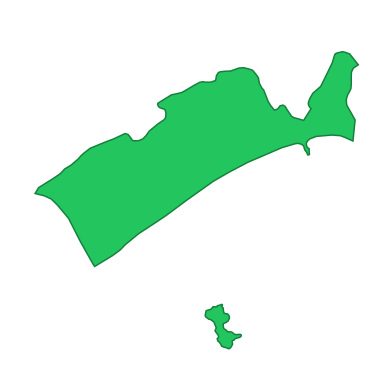 the district of Cua Lo, Nghệ An, Vietnam, rotated 95°
{"feature_id": "81297802B13550924224659", "entity_name": "Cua Lo", "entity_type": "district", "adm_level": 2, "iso_a3": "VNM", "parent_name": "Vietnam", "parent_adm1": "Nghệ An", "projection": "orthographic", "projection_center": [105.737, 18.789], "detail": "fine", "context": "isolated", "style": "filled", "palette": "green", "viewbox_px": 384, "rotation_deg": 95, "n_neighbors": 0, "source": "geoboundaries", "source_scale": "gbopen_adm2", "svg_char_len": 2866}
<svg xmlns="http://www.w3.org/2000/svg" viewBox="0 0 384 384"><g transform="rotate(95 192 192)"><path d="M274.7,282.5L262.0,265.3L255.9,258.4L250.4,254.0L238.3,241.7L224.5,224.2L218.0,216.1L201.0,197.0L179.7,172.0L169.2,157.1L157.5,138.9L155.8,135.7L147.8,120.8L140.0,106.3L135.1,93.9L134.4,91.4L134.5,89.0L135.1,86.7L136.7,84.6L138.6,84.0L140.3,83.3L142.1,81.6L143.8,80.6L145.0,79.9L144.9,78.8L144.3,78.3L142.9,78.5L139.8,79.0L138.6,79.1L137.7,80.8L136.4,81.7L134.0,82.4L131.9,81.8L130.1,80.5L128.7,79.1L127.3,76.1L125.8,73.1L123.1,57.8L123.0,49.0L124.5,43.8L127.2,36.1L106.0,35.8L96.9,42.0L92.3,45.2L89.8,45.9L86.0,46.3L82.0,45.5L78.0,43.7L75.2,42.7L70.8,42.7L68.6,42.9L63.3,43.4L58.9,43.6L56.3,42.8L54.4,41.9L50.8,37.4L40.7,47.0L39.5,51.5L39.1,54.2L41.0,60.0L42.1,61.5L43.7,62.0L51.3,63.6L63.1,68.1L75.6,73.0L83.1,80.2L85.2,81.2L89.2,83.0L92.4,83.8L94.1,83.8L95.8,83.2L97.7,81.8L98.6,80.7L110.9,87.0L109.0,97.2L107.8,99.5L101.9,104.3L98.8,106.5L97.5,108.9L98.4,111.7L101.5,113.7L102.8,115.7L103.1,117.2L99.1,121.1L95.2,124.0L88.5,127.3L84.1,129.5L82.3,131.5L78.1,134.2L72.3,135.9L69.2,138.5L65.4,142.3L64.3,146.9L63.7,151.4L64.4,156.0L68.1,164.1L69.0,170.7L69.5,172.9L69.7,174.1L70.7,176.1L73.9,177.8L77.1,178.0L79.0,178.4L79.6,179.9L80.9,182.8L81.4,188.6L81.2,190.8L82.0,193.7L84.9,198.3L91.7,207.8L93.9,211.1L97.1,221.1L105.0,231.7L106.5,233.7L107.7,233.9L109.8,232.8L110.9,231.3L111.5,228.8L112.1,226.3L115.1,224.9L118.5,224.7L121.0,225.1L122.7,226.4L126.6,231.3L135.0,239.9L140.0,242.8L143.2,245.4L145.4,249.3L145.8,251.9L146.0,254.2L145.8,255.8L143.3,257.8L140.3,260.6L139.6,263.8L145.8,274.4L146.5,275.9L150.1,283.3L157.2,297.1L162.5,302.9L165.5,305.7L169.1,308.3L175.9,315.0L180.2,320.9L184.9,324.5L190.0,330.6L201.0,345.2L207.2,348.2L208.6,339.1L211.2,331.7L216.4,325.3L229.0,312.7L251.4,298.7L272.3,284.4L274.7,282.5ZM336.7,138.9L335.8,137.2L334.9,136.7L334.1,135.7L332.7,131.9L331.9,130.9L331.1,130.4L330.0,130.6L329.7,131.2L329.7,132.3L330.2,135.5L330.1,137.3L328.6,139.2L328.1,140.3L327.9,141.9L328.3,143.7L328.0,144.4L326.5,146.0L325.6,147.8L325.0,148.6L321.1,149.5L320.3,149.1L319.2,146.9L317.5,144.9L315.1,143.9L313.9,143.7L312.7,144.0L311.2,144.9L310.3,146.2L310.2,147.7L310.1,149.3L307.6,150.4L305.7,150.6L304.9,150.7L304.5,151.3L304.2,152.0L303.2,152.3L302.6,151.8L301.9,151.8L301.5,152.2L301.4,152.9L302.0,153.8L303.0,156.6L304.4,157.9L304.4,158.5L304.4,160.8L304.9,161.4L306.7,162.4L307.6,163.9L308.7,167.0L309.1,167.6L313.4,168.1L314.6,167.9L315.4,167.2L317.2,164.3L317.4,162.7L317.9,161.5L318.9,160.2L319.1,159.6L319.8,158.7L325.3,156.0L328.3,157.0L332.6,153.3L334.2,152.8L335.1,153.3L335.8,154.1L336.7,153.9L338.2,153.3L339.2,151.8L340.9,150.2L341.9,149.7L343.0,149.1L343.7,147.0L344.2,144.1L344.9,142.1L344.7,140.9L343.7,139.9L340.9,138.6L339.8,138.3L337.6,139.0L336.7,138.9Z" fill="#22c55e" stroke="#15803d" stroke-width="1.5"/></g></svg>